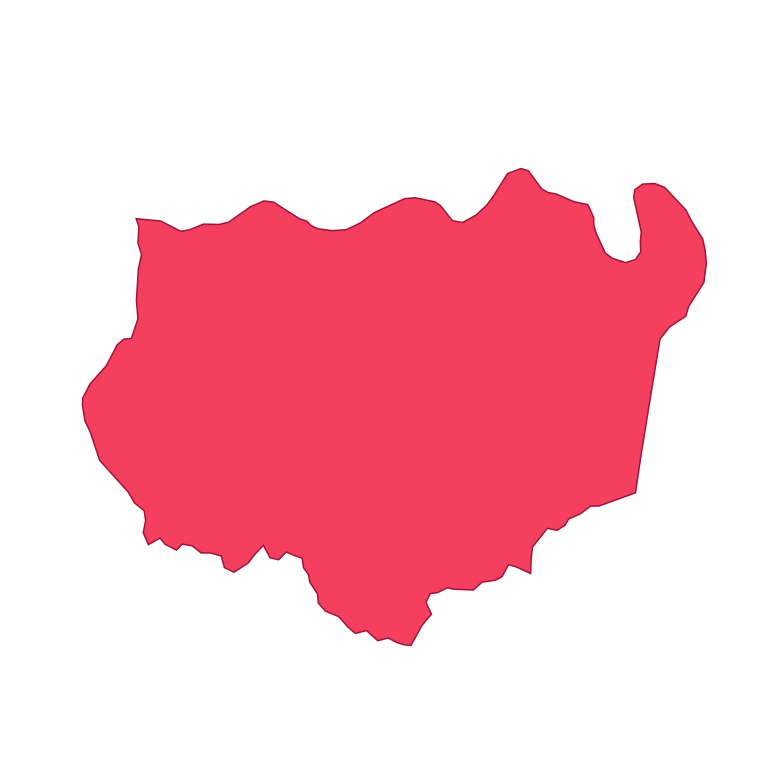 outline of Cambará, Paraná, Brazil, rotated 12°
{"feature_id": "56859067B26074269833743", "entity_name": "Cambará", "entity_type": "district", "adm_level": 2, "iso_a3": "BRA", "parent_name": "Brazil", "parent_adm1": "Paraná", "projection": "mercator", "projection_center": [-50.083, -22.996], "detail": "fine", "context": "isolated", "style": "filled", "palette": "rose", "viewbox_px": 768, "rotation_deg": 12, "n_neighbors": 0, "source": "geoboundaries", "source_scale": "gbopen_adm2", "svg_char_len": 1906}
<svg xmlns="http://www.w3.org/2000/svg" viewBox="0 0 768 768"><g transform="rotate(12 384 384)"><path d="M274.3,240.7L267.1,240.0L238.2,229.1L228.4,229.9L216.5,238.4L198.6,257.8L189.7,262.2L174.3,265.1L161.9,273.5L153.4,276.9L131.7,271.0L107.2,273.8L111.5,281.0L114.1,297.4L119.9,307.7L119.9,322.9L124.4,353.5L127.4,363.5L129.8,371.6L127.4,391.9L120.1,394.2L114.9,401.1L108.6,423.8L96.5,444.9L92.2,460.4L93.5,467.6L99.1,482.1L106.8,492.3L121.8,517.8L156.4,543.0L164.7,552.2L175.7,557.8L179.2,566.9L179.4,579.4L186.9,590.1L197.0,581.2L203.0,586.2L215.5,589.6L219.9,582.5L230.1,582.2L240.4,587.3L249.5,585.3L260.6,586.1L266.1,596.8L276.4,599.3L288.4,587.3L292.9,577.8L299.5,566.9L308.8,577.7L317.5,577.8L323.3,568.6L332.6,570.5L340.2,571.4L343.5,580.5L349.8,586.2L352.7,593.4L362.7,603.3L365.3,612.0L374.0,618.4L388.0,620.9L399.3,629.3L407.9,633.9L418.2,628.8L431.3,636.4L440.9,631.6L449.9,634.1L457.7,634.9L464.7,634.1L467.3,625.6L471.4,612.0L478.3,599.3L470.5,588.9L472.8,579.4L479.8,576.9L488.3,570.2L495.1,570.2L514.3,566.9L521.2,557.4L534.1,552.6L539.6,547.8L543.4,534.8L551.8,535.5L566.8,538.9L564.2,523.9L563.1,512.7L573.8,491.2L583.7,491.2L590.3,484.7L592.8,477.5L603.1,470.1L611.6,460.4L619.6,458.7L652.6,438.1L650.1,398.6L644.6,282.7L651.5,268.7L665.1,255.0L665.9,244.8L675.8,218.1L674.2,199.0L670.2,186.1L665.5,175.7L651.9,161.8L643.2,151.1L617.7,133.4L607.2,131.6L595.4,134.7L588.8,142.0L589.6,149.9L594.3,160.3L604.1,182.0L605.0,190.9L607.6,201.3L604.1,210.0L595.0,215.1L581.4,213.6L573.4,210.0L560.5,192.9L556.2,185.0L554.4,177.4L546.2,166.2L531.9,166.2L512.7,162.3L504.7,162.6L497.7,160.3L480.8,145.4L473.1,144.8L461.1,152.5L451.5,178.6L447.1,188.1L438.9,199.7L427.2,209.7L416.9,210.0L402.0,197.7L395.7,195.2L375.6,195.4L365.5,198.5L338.8,218.4L328.1,230.6L322.2,235.5L314.6,241.1L301.3,244.8L287.3,245.9L280.1,244.3L274.3,240.7Z" fill="#f43f5e" stroke="#9f1239" stroke-width="1.5"/></g></svg>